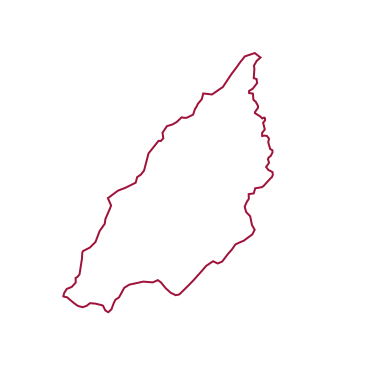 outline of Noun, Ouest, Cameroon, rotated 206°
{"feature_id": "32672807B7266662414716", "entity_name": "Noun", "entity_type": "district", "adm_level": 2, "iso_a3": "CMR", "parent_name": "Cameroon", "parent_adm1": "Ouest", "projection": "equal_earth", "projection_center": [10.892, 5.601], "detail": "fine", "context": "isolated", "style": "outline", "palette": "rose", "viewbox_px": 384, "rotation_deg": 206, "n_neighbors": 0, "source": "geoboundaries", "source_scale": "gbopen_adm2", "svg_char_len": 2101}
<svg xmlns="http://www.w3.org/2000/svg" viewBox="0 0 384 384"><g transform="rotate(206 192 192)"><path d="M244.7,39.6L239.8,40.5L236.8,43.5L235.0,47.3L230.0,49.3L223.5,50.7L222.1,50.8L218.1,47.6L215.7,47.3L214.5,47.3L213.0,51.3L213.6,57.6L213.6,61.6L211.4,65.3L210.9,76.2L207.7,81.3L205.5,83.0L199.8,87.5L196.5,90.1L188.3,93.3L187.6,93.6L184.1,97.8L180.4,97.2L173.3,93.9L167.0,92.1L161.4,92.1L158.6,94.3L157.9,96.0L155.5,102.9L154.8,104.8L152.3,112.3L151.9,113.6L148.9,124.1L147.0,131.4L146.6,132.3L142.7,139.0L137.6,139.0L134.4,142.7L132.5,152.2L130.9,157.9L130.0,163.9L126.7,168.0L124.1,170.9L122.0,175.0L119.2,180.3L119.1,185.5L123.6,188.6L129.1,195.7L134.6,197.8L138.2,201.9L138.4,207.3L137.9,210.7L140.1,214.9L135.9,217.8L136.8,223.0L131.3,227.0L130.3,228.8L127.3,239.1L126.7,240.3L126.9,243.0L128.4,245.2L133.0,245.3L136.4,247.0L135.9,249.9L135.6,252.1L138.2,254.9L138.2,256.6L137.0,259.2L137.0,263.0L138.1,264.8L140.5,264.9L141.6,266.1L143.7,268.3L145.4,270.4L146.1,273.6L149.1,275.2L151.5,274.5L153.5,273.1L154.9,275.8L154.0,280.1L158.4,285.4L157.8,288.3L158.7,290.3L159.8,290.5L161.1,288.9L163.7,289.8L170.1,290.5L170.4,291.7L169.6,296.6L170.4,298.3L174.2,301.0L177.2,301.8L180.4,307.1L184.1,306.0L185.0,307.9L182.7,311.4L181.2,318.5L182.2,319.8L183.4,321.8L186.4,321.4L189.9,330.0L191.7,332.7L191.3,338.4L189.4,342.9L196.5,344.4L204.0,337.0L205.8,328.6L206.5,324.1L208.2,315.5L210.3,299.8L211.8,297.3L213.8,293.7L214.9,291.7L216.8,288.4L225.1,285.5L223.9,279.8L225.4,273.6L225.3,270.8L225.5,269.1L225.7,267.6L224.9,262.1L229.2,256.5L230.0,256.0L231.6,255.2L234.1,254.5L236.4,248.2L239.2,244.1L243.4,240.2L244.0,235.7L244.5,232.4L241.3,227.6L242.4,224.2L244.5,223.3L248.0,207.6L244.5,190.3L245.5,185.4L247.8,181.3L246.7,175.7L253.7,166.6L259.1,160.8L264.9,149.6L258.8,144.4L258.5,141.3L258.0,129.8L256.5,125.2L257.9,116.4L256.9,105.5L256.8,104.9L259.0,98.5L259.4,97.3L264.1,91.1L264.0,89.4L261.7,83.9L257.0,68.7L257.6,65.7L258.9,63.7L256.8,59.6L258.5,53.9L262.1,50.0L262.6,44.9L261.9,41.8L260.7,42.0L258.2,42.6L249.4,40.4L244.7,39.6Z" fill="none" stroke="#9f1239" stroke-width="2"/></g></svg>